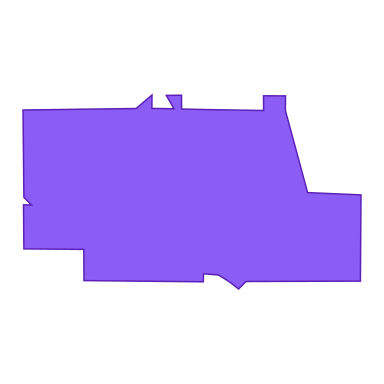 Pickens, Georgia, United States of America
{"feature_id": "52423323B6766402931350", "entity_name": "Pickens", "entity_type": "district", "adm_level": 2, "iso_a3": "USA", "parent_name": "United States of America", "parent_adm1": "Georgia", "projection": "robinson", "projection_center": [-84.473, 34.468], "detail": "fine", "context": "isolated", "style": "filled", "palette": "violet", "viewbox_px": 384, "rotation_deg": 0, "n_neighbors": 0, "source": "geoboundaries", "source_scale": "gbopen_adm2", "svg_char_len": 467}
<svg xmlns="http://www.w3.org/2000/svg" viewBox="0 0 384 384"><path d="M23.0,110.0L23.9,197.4L31.4,204.9L23.5,204.9L23.9,248.9L83.8,249.4L84.0,280.6L203.3,281.8L203.5,273.8L218.4,275.0L229.1,281.6L238.6,289.0L246.0,281.5L360.4,281.1L361.0,194.9L307.6,192.6L285.4,110.5L285.5,95.9L263.5,95.8L263.6,110.5L207.6,109.6L181.6,109.0L181.5,95.2L166.3,95.4L174.0,108.8L151.9,108.4L152.0,95.0L136.1,108.5L23.0,110.0Z" fill="#8b5cf6" stroke="#5b21b6" stroke-width="1.5"/></svg>